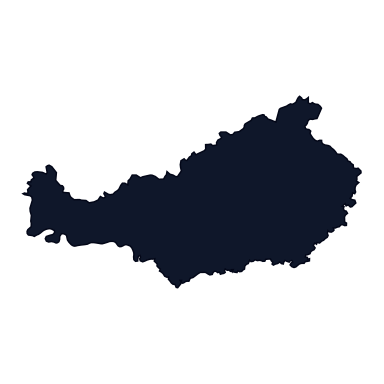 São Vicente do Sul, Rio Grande do Sul, Brazil
{"feature_id": "56859067B73403830410426", "entity_name": "São Vicente do Sul", "entity_type": "district", "adm_level": 2, "iso_a3": "BRA", "parent_name": "Brazil", "parent_adm1": "Rio Grande do Sul", "projection": "robinson", "projection_center": [-54.782, -29.692], "detail": "fine", "context": "isolated", "style": "filled", "palette": "ink", "viewbox_px": 384, "rotation_deg": 0, "n_neighbors": 0, "source": "geoboundaries", "source_scale": "gbopen_adm2", "svg_char_len": 5732}
<svg xmlns="http://www.w3.org/2000/svg" viewBox="0 0 384 384"><path d="M34.3,236.4L36.8,234.9L38.3,234.4L40.4,233.0L42.4,231.3L43.8,230.3L46.0,229.3L48.0,228.8L49.6,228.6L51.5,229.0L54.3,230.5L54.7,232.1L53.7,233.8L52.5,234.7L50.5,235.1L48.6,235.7L46.3,236.5L45.3,238.7L46.4,241.1L48.7,242.0L51.4,241.5L53.9,242.0L56.1,243.0L57.5,242.7L58.9,241.7L59.6,239.4L59.7,236.4L61.5,233.7L63.8,233.8L65.6,234.6L66.6,235.7L67.0,237.7L67.5,240.0L68.8,242.0L70.9,244.3L72.3,245.4L74.1,246.1L75.6,246.0L77.6,245.5L80.8,245.0L83.6,244.7L85.3,244.5L87.5,244.1L89.3,243.2L91.0,242.6L93.8,242.6L95.5,242.8L98.1,243.2L100.9,243.7L102.5,243.7L105.3,242.9L107.2,242.3L109.8,241.4L112.3,241.3L113.9,241.5L115.6,242.4L116.8,244.0L118.2,245.9L119.8,246.7L121.4,246.5L123.1,245.7L124.7,244.8L126.2,244.6L128.0,245.1L130.2,246.0L131.8,247.8L132.8,249.9L133.8,252.7L133.9,254.9L133.6,256.9L133.9,259.7L135.5,261.3L137.7,261.0L137.8,259.0L138.3,256.4L140.1,255.5L140.6,257.1L139.7,258.8L140.3,260.8L142.7,261.8L144.9,261.0L147.1,260.0L149.5,259.3L151.2,259.0L152.8,259.1L154.8,258.7L154.3,261.2L155.9,262.6L157.2,264.0L157.0,266.0L158.5,267.7L160.3,269.0L159.5,271.0L161.4,272.1L163.0,273.5L164.7,276.2L166.9,277.2L168.7,277.1L168.4,279.2L169.9,280.9L171.4,283.0L173.1,284.3L175.0,284.4L176.2,287.4L177.7,287.7L179.1,285.9L180.3,284.4L181.2,282.4L182.7,283.2L184.2,282.5L185.6,281.5L187.0,281.2L188.9,281.2L190.2,278.3L193.0,277.5L195.3,275.8L197.6,274.0L200.2,272.4L202.8,272.4L204.4,272.3L206.0,272.6L207.9,273.9L209.8,274.9L212.3,274.4L213.0,272.6L214.3,271.3L216.1,271.3L217.6,272.6L219.5,272.1L220.4,274.2L222.0,273.7L223.8,273.4L225.2,272.4L224.5,270.6L225.2,269.0L227.2,270.3L229.0,270.1L230.4,271.3L232.6,271.7L235.4,272.3L237.0,272.5L237.8,270.8L239.7,271.7L241.7,271.4L242.8,270.1L244.5,269.1L244.8,266.1L246.4,264.3L248.2,263.6L249.0,261.8L249.6,260.2L251.0,261.6L253.1,261.3L255.1,259.8L257.3,260.6L259.6,260.3L261.2,260.6L262.8,261.3L264.8,261.2L265.6,259.4L267.5,259.1L270.5,259.0L271.4,260.9L272.8,262.1L272.1,264.1L273.4,265.1L275.3,264.1L277.7,263.5L279.8,262.0L281.4,263.6L283.3,264.0L283.7,262.2L285.0,260.4L287.1,261.4L289.2,262.1L290.2,260.8L291.8,260.5L292.7,262.1L291.1,263.0L290.1,264.9L291.9,266.7L294.0,267.5L295.9,266.9L297.6,265.4L299.5,263.9L301.7,263.3L304.1,263.3L305.3,261.6L307.6,261.3L309.4,260.9L309.5,258.7L307.6,259.2L307.4,257.4L305.3,257.0L305.8,254.9L307.7,254.7L310.0,253.7L310.8,251.6L312.3,250.5L314.0,249.7L315.1,247.9L313.3,245.5L314.7,243.1L316.5,244.2L316.9,242.5L319.6,243.0L321.7,241.1L323.6,240.2L325.2,238.6L327.2,237.3L328.1,235.5L327.3,233.1L327.9,230.6L329.1,231.8L331.3,232.1L332.9,231.3L334.0,230.1L333.3,227.9L335.3,228.0L337.3,227.1L339.3,226.7L340.9,224.8L342.8,224.7L344.7,225.6L346.4,225.4L346.5,223.1L344.6,221.9L344.6,219.7L344.5,216.9L345.4,215.1L347.5,213.3L346.2,211.1L344.2,210.6L343.4,208.4L344.0,206.7L342.2,206.2L345.2,203.6L346.1,205.9L348.2,204.9L350.3,207.0L351.9,206.7L355.8,203.0L354.8,200.2L352.0,199.6L350.1,198.2L352.0,196.3L352.6,192.8L354.7,193.7L355.6,192.0L355.0,189.7L355.1,187.4L356.0,185.1L358.8,182.5L356.4,181.1L356.9,179.5L356.8,176.4L361.0,172.9L360.9,171.0L358.1,168.2L356.4,168.6L353.5,168.1L353.2,164.8L351.2,163.5L350.0,161.7L348.0,161.1L346.9,158.8L344.6,157.0L342.8,155.4L340.8,154.2L339.0,154.3L337.0,154.0L335.4,151.6L333.6,149.6L331.4,147.9L330.0,146.3L328.4,145.6L326.9,145.3L325.0,145.0L322.9,144.0L321.7,142.4L321.6,140.4L319.8,140.3L317.1,141.2L315.2,140.3L313.2,138.5L312.1,136.9L310.9,135.1L310.0,133.3L310.7,131.1L308.9,129.5L307.4,129.4L305.6,128.7L304.8,126.2L306.3,124.9L307.3,123.2L307.8,121.3L308.8,119.8L310.4,119.1L312.6,119.4L314.9,118.8L317.0,118.5L321.5,108.2L320.2,106.3L317.9,104.4L315.6,104.2L313.9,103.6L312.5,102.6L310.3,103.8L308.3,103.0L308.3,100.5L308.3,97.5L306.6,98.9L304.7,99.9L302.4,99.6L301.6,98.0L299.6,96.3L298.4,97.4L297.4,99.1L295.9,102.3L293.7,103.7L292.3,104.3L290.4,103.9L288.5,104.9L286.5,106.2L280.4,108.4L279.3,109.4L275.9,122.0L273.1,121.0L271.3,120.2L268.0,119.1L266.2,116.9L264.8,116.5L264.0,114.9L262.6,114.7L260.4,115.4L258.4,116.1L256.9,116.8L255.0,117.9L252.4,118.0L251.2,120.4L245.2,123.9L244.4,125.3L244.2,127.2L243.4,128.6L239.1,131.7L234.7,132.3L232.9,134.5L230.4,134.9L226.0,132.1L220.8,132.1L219.3,133.4L220.1,135.5L221.6,137.0L220.8,138.6L218.0,140.0L216.6,142.4L216.6,145.1L212.5,145.6L210.9,144.1L208.2,144.5L205.6,144.6L205.7,149.2L204.2,150.8L195.9,154.7L194.0,152.1L191.9,153.7L191.4,155.8L189.4,157.1L186.9,160.5L185.4,160.2L184.1,158.8L181.0,160.7L180.3,164.6L180.6,167.4L181.4,170.9L177.5,176.6L175.6,176.6L173.1,175.1L169.9,174.2L167.0,171.6L166.4,174.8L165.1,176.3L163.6,179.1L158.9,179.3L155.3,176.5L152.1,175.2L150.2,175.1L144.4,176.4L142.7,176.8L140.5,177.8L136.3,175.1L132.2,175.1L130.1,178.9L128.2,180.7L127.8,184.9L124.8,183.2L122.4,183.2L120.8,185.3L119.0,189.0L117.6,190.5L114.7,192.4L113.2,194.2L110.1,194.7L108.4,194.3L104.5,192.1L103.9,193.7L105.6,196.6L103.9,198.0L102.5,197.7L100.4,196.5L98.1,200.0L94.1,201.9L89.1,202.8L86.0,200.5L81.4,200.2L79.6,199.6L74.1,199.7L70.9,197.3L69.8,195.5L69.0,192.9L63.1,192.4L62.7,190.8L63.7,189.0L63.5,187.2L62.4,185.8L60.1,185.4L58.2,183.2L55.7,180.3L56.4,172.6L51.8,166.7L49.1,165.2L47.5,165.7L46.1,166.8L47.2,172.6L46.1,174.0L42.4,172.4L37.4,171.8L34.8,172.0L32.7,173.3L32.1,174.8L33.2,176.2L33.9,178.0L31.4,179.8L30.8,181.8L28.2,181.9L27.4,183.3L30.9,186.0L27.6,189.6L28.1,192.8L26.3,193.5L24.6,193.0L23.0,193.7L24.7,194.7L30.1,195.7L31.8,197.0L32.4,200.1L30.0,208.2L30.2,211.3L31.4,215.4L30.8,221.1L31.3,223.3L31.2,226.7L27.9,229.6L27.1,231.3L27.2,233.4L28.4,235.0L32.7,235.6L34.3,236.4ZM232.6,271.7L231.4,269.7L233.3,269.6L232.6,271.7ZM181.2,282.4L180.1,280.4L181.6,280.4L181.2,282.4Z" fill="#0f172a" stroke="#020617" stroke-width="1.5"/></svg>